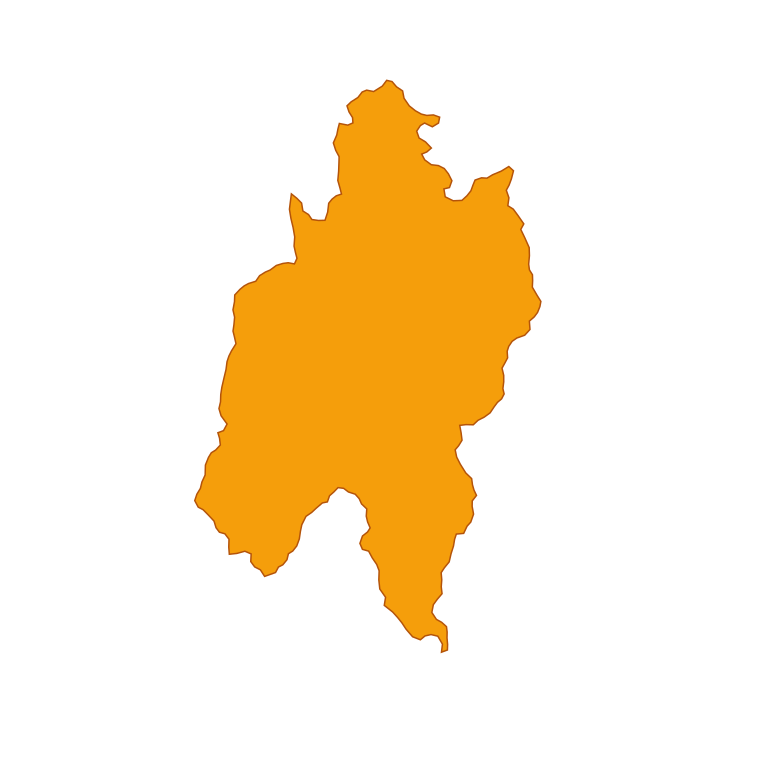 Mar de Espanha, Minas Gerais, Brazil, rotated 148°
{"feature_id": "56859067B7164337679513", "entity_name": "Mar de Espanha", "entity_type": "district", "adm_level": 2, "iso_a3": "BRA", "parent_name": "Brazil", "parent_adm1": "Minas Gerais", "projection": "natural_earth1", "projection_center": [-43.018, -21.864], "detail": "fine", "context": "isolated", "style": "filled", "palette": "amber", "viewbox_px": 768, "rotation_deg": 148, "n_neighbors": 0, "source": "geoboundaries", "source_scale": "gbopen_adm2", "svg_char_len": 3495}
<svg xmlns="http://www.w3.org/2000/svg" viewBox="0 0 768 768"><g transform="rotate(148 384 384)"><path d="M606.8,378.0L604.0,373.2L602.4,366.0L600.8,357.8L602.6,351.1L602.1,345.5L598.3,341.3L597.7,334.5L602.1,327.9L605.4,321.6L598.6,318.3L590.6,315.9L586.7,310.3L591.1,304.0L590.6,297.4L587.3,291.9L587.2,284.1L575.9,281.6L570.5,284.7L565.6,284.3L559.4,286.4L555.0,290.7L549.9,290.7L543.8,292.9L537.9,297.5L532.9,303.4L528.3,308.2L520.3,313.1L513.4,313.4L507.3,314.6L499.3,315.8L494.5,314.0L489.4,318.1L483.8,319.0L477.9,320.5L473.5,316.9L471.4,311.3L466.8,305.8L465.8,299.9L466.6,294.2L464.8,287.2L469.1,281.3L471.0,275.7L472.0,269.3L476.4,267.2L482.8,266.5L488.9,261.6L489.9,255.2L485.6,250.4L486.1,242.7L485.8,234.8L487.1,228.2L492.2,220.6L496.2,212.4L495.7,202.3L501.1,196.1L497.5,186.1L496.2,178.9L495.4,172.0L495.2,164.3L493.7,154.5L488.7,147.8L482.7,148.6L476.9,146.6L472.0,141.6L472.3,132.4L477.4,126.1L471.2,124.8L468.1,129.4L465.1,135.3L461.9,140.2L459.6,145.1L461.4,151.4L464.3,156.6L464.5,164.9L459.1,170.7L452.9,173.2L445.9,175.4L442.9,181.7L438.8,187.3L435.5,193.7L430.3,196.1L423.0,198.6L417.1,204.5L410.9,209.8L406.4,214.9L402.2,218.4L395.6,215.1L388.9,219.4L383.6,220.9L377.0,226.2L374.1,233.5L371.1,238.1L364.6,240.5L363.9,246.4L362.4,251.6L359.8,257.3L361.8,265.3L361.8,275.5L361.1,283.5L358.5,290.5L353.4,292.1L347.6,295.0L344.5,301.7L341.7,308.8L336.0,306.1L329.9,302.1L323.5,303.4L316.5,302.8L309.3,303.3L302.4,306.4L297.5,308.3L292.1,309.1L287.4,311.9L285.6,317.1L281.3,322.4L277.9,327.9L275.5,334.9L270.1,337.9L265.3,340.7L262.2,346.5L258.3,349.8L252.7,352.3L247.0,352.6L238.8,350.8L231.3,352.9L227.4,360.3L221.0,361.3L215.9,363.3L210.8,367.0L207.2,370.9L207.2,378.0L206.9,387.5L203.1,393.0L200.2,398.0L200.2,403.7L197.8,409.0L192.7,415.7L188.6,422.7L187.1,433.5L186.1,442.6L180.6,445.7L181.1,455.9L181.7,463.8L184.5,469.6L179.4,475.7L177.6,483.5L172.5,486.4L167.3,490.4L161.2,496.2L162.9,502.3L171.7,502.4L181.1,503.9L187.6,504.0L192.1,507.2L198.7,508.7L203.3,505.4L207.9,501.8L213.8,499.7L220.6,498.4L228.2,502.7L232.9,510.3L229.8,517.7L224.4,515.9L218.7,520.4L218.0,528.1L218.7,534.8L222.1,540.4L227.7,544.9L230.7,552.5L230.2,559.0L224.7,558.1L218.8,559.0L220.5,567.3L223.9,574.0L222.3,581.1L216.2,583.9L211.3,583.8L206.7,576.5L199.5,576.4L195.4,580.8L199.5,586.0L205.4,589.1L209.3,593.1L212.6,599.1L215.2,606.5L215.6,615.7L212.9,622.7L215.9,629.4L216.9,636.2L220.8,640.1L227.6,637.5L237.8,637.5L243.0,642.4L247.8,643.2L254.3,640.8L262.4,640.7L268.0,639.5L269.5,633.2L269.5,626.6L272.0,621.9L277.5,622.7L283.8,628.6L288.0,624.6L292.1,620.2L299.2,615.3L301.1,607.8L301.6,600.6L304.7,595.9L309.7,588.5L315.3,581.1L317.6,573.2L319.4,567.6L324.8,568.9L330.1,568.3L335.1,566.6L340.7,559.6L347.3,554.1L352.9,557.4L358.0,561.7L358.2,567.6L361.1,573.7L358.0,581.1L359.5,587.7L361.8,594.3L366.4,588.7L371.6,582.3L375.2,573.7L378.2,564.8L381.8,556.0L387.2,548.6L389.5,542.2L391.2,536.7L396.3,533.3L401.0,537.6L405.8,539.8L412.5,541.6L420.2,541.0L425.3,541.8L432.1,541.8L438.3,539.1L445.7,541.0L450.6,541.3L456.0,540.6L463.4,538.6L467.2,533.0L472.8,526.9L475.3,519.8L479.7,514.0L484.0,508.9L485.8,503.4L488.2,496.6L495.8,492.9L500.7,489.9L505.3,486.1L510.3,480.0L516.7,473.7L523.2,467.2L528.0,461.6L532.1,455.5L537.0,450.6L539.0,443.4L538.3,433.2L544.8,429.5L550.7,430.7L552.2,425.2L555.1,419.0L561.7,417.2L566.9,417.2L571.7,414.8L578.4,409.9L583.9,401.6L590.3,397.4L595.0,392.8L601.1,389.7L606.3,385.4L606.8,378.0Z" fill="#f59e0b" stroke="#b45309" stroke-width="1.5"/></g></svg>